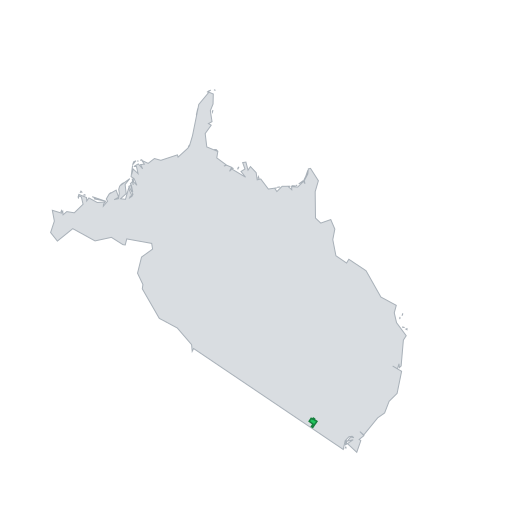 location of Bonner, Idaho, United States of America, rotated 214°
{"feature_id": "52423323B26002580229088", "entity_name": "Bonner", "entity_type": "district", "adm_level": 2, "iso_a3": "USA", "parent_name": "United States of America", "parent_adm1": "Idaho", "projection": "equal_earth", "projection_center": [-116.598, 48.369], "detail": "fine", "context": "in_parent", "style": "filled", "palette": "green", "viewbox_px": 512, "rotation_deg": 214, "n_neighbors": 0, "source": "geoboundaries", "source_scale": "gbopen_adm2", "svg_char_len": 4310}
<svg xmlns="http://www.w3.org/2000/svg" viewBox="0 0 512 512"><g transform="rotate(214 256 256)"><path d="M397.9,178.5L423.2,176.2L429.0,157.3L439.4,160.6L442.7,172.2L450.4,180.0L441.2,182.8L441.2,185.0L439.0,182.3L437.7,187.0L430.8,190.2L428.3,202.2L433.8,207.3L436.6,206.7L435.3,204.4L436.5,205.5L437.3,208.0L429.2,209.7L427.1,207.0L427.0,210.7L417.5,211.6L411.2,216.4L411.4,213.7L410.4,211.9L409.7,218.4L412.0,219.6L412.4,225.2L408.8,232.4L402.8,227.9L405.1,223.4L402.1,226.6L404.4,231.6L407.1,234.5L408.1,237.8L403.9,249.6L404.5,242.1L398.5,235.1L400.3,227.7L395.9,230.0L399.5,240.9L394.3,237.6L392.7,237.9L393.6,234.5L393.3,233.5L392.2,236.1L392.5,238.4L400.4,242.7L399.1,244.7L395.3,240.8L394.0,240.2L398.7,244.8L400.6,245.7L400.1,248.5L397.5,246.3L401.6,250.5L400.9,251.1L398.9,249.0L394.3,248.0L400.4,252.0L403.9,251.9L409.0,262.1L404.7,254.2L406.4,259.4L399.8,258.3L405.2,263.4L407.3,261.9L405.1,266.5L398.7,264.9L402.8,267.3L399.9,269.7L404.0,271.4L397.2,272.5L394.7,280.0L388.4,282.1L377.7,295.9L375.9,294.4L372.8,307.2L372.8,310.3L375.9,320.2L388.2,349.7L386.6,365.5L382.0,366.4L376.6,358.0L375.1,350.9L367.6,342.8L369.5,339.2L366.3,339.4L366.6,329.1L357.8,318.9L346.1,321.3L343.4,315.4L331.6,314.9L332.9,312.6L331.0,314.9L325.8,315.9L325.3,311.4L324.7,314.6L308.7,315.5L315.7,317.7L313.8,321.9L319.3,326.0L316.9,328.2L310.6,322.7L310.6,327.0L302.5,325.2L297.6,319.8L295.1,322.5L283.2,318.4L276.8,324.2L278.4,322.6L274.7,321.1L273.3,328.4L266.6,333.0L268.1,331.6L263.4,330.9L265.2,333.4L260.0,336.5L258.3,344.5L255.8,343.3L258.1,345.5L258.9,352.9L261.3,357.5L259.8,359.1L246.4,353.3L242.9,342.4L227.9,320.7L220.7,319.5L214.4,328.0L205.7,322.4L201.5,312.5L189.9,300.9L177.0,300.8L177.2,305.2L156.5,305.3L129.5,291.8L112.1,293.5L109.6,286.2L102.2,279.3L86.9,273.9L86.8,268.7L74.2,246.0L74.7,243.6L77.2,246.6L75.6,241.6L81.2,241.2L70.8,241.8L62.2,221.0L64.4,210.0L61.6,197.8L64.6,190.0L66.6,168.0L71.7,168.5L66.1,167.4L67.9,161.6L65.9,161.6L62.7,149.6L75.3,151.6L72.7,158.0L76.8,153.4L76.3,158.8L73.3,160.1L75.5,160.3L77.9,158.1L78.8,152.7L75.5,144.4L256.0,144.4L255.6,141.3L259.8,146.5L281.0,152.3L301.3,150.2L331.9,165.2L333.8,169.1L344.6,175.5L350.3,191.1L345.6,203.9L349.5,208.1L372.7,197.9L370.6,192.0L372.7,191.0L386.3,190.6L397.9,178.5ZM421.0,214.3L425.0,213.6L411.1,217.4L422.3,212.8L421.0,214.3ZM76.3,149.5L77.9,152.9L77.8,153.4L75.6,150.9L76.3,149.5ZM261.0,356.2L258.9,349.6L258.8,345.9L259.3,349.8L261.0,356.2ZM442.4,183.3L442.7,185.1L442.0,184.7L442.4,183.3ZM297.9,321.7L298.3,323.2L296.9,322.0L297.9,321.7ZM92.8,279.8L94.5,278.9L94.7,279.2L92.8,279.8ZM90.9,279.2L90.2,280.2L89.6,279.3L90.9,279.2ZM433.1,210.0L432.2,211.2L431.8,210.9L433.1,210.0ZM259.6,342.4L258.8,345.4L260.9,339.6L259.6,342.4ZM384.5,339.9L386.8,345.8L384.1,339.4L384.5,339.9ZM101.8,284.5L102.6,286.0L101.7,284.6L101.8,284.5ZM387.5,366.4L386.2,368.3L388.2,364.3L387.5,366.4ZM410.1,265.7L408.8,267.8L409.3,262.6L410.1,265.7ZM74.7,146.8L74.7,147.8L74.0,147.3L74.7,146.8ZM265.3,334.5L262.9,335.9L265.4,334.1L265.3,334.5ZM437.2,210.6L437.4,211.9L436.1,211.6L437.2,210.6ZM101.7,288.7L102.3,290.6L101.5,288.9L101.7,288.7ZM262.3,337.0L261.4,337.7L262.2,336.6L262.3,337.0ZM407.8,240.0L406.7,242.9L407.9,238.9L407.8,240.0ZM276.2,325.5L274.6,326.7L276.8,324.7L276.2,325.5ZM373.3,308.7L373.2,311.1L372.9,309.4L373.3,308.7ZM404.7,271.8L404.2,272.2L405.5,270.5L404.7,271.8ZM350.3,320.8L348.5,322.0L347.6,321.8L350.3,320.8ZM325.0,315.5L324.7,315.9L323.5,315.8L325.0,315.5ZM372.9,351.1L373.3,352.9L372.5,350.8L372.9,351.1ZM320.2,318.8L320.0,320.4L319.6,317.6L320.2,318.8ZM383.3,370.5L382.2,370.7L383.7,370.2L383.3,370.5ZM412.2,226.2L411.6,227.6L412.2,225.6L412.2,226.2ZM407.6,268.3L407.0,268.8L406.9,268.7L407.6,268.3Z" fill="#d9dde1" stroke="#a8b0b8" stroke-width="1"/><path d="M119.5,150.9L119.5,150.7L119.5,150.4L119.5,150.1L119.5,149.3L119.5,148.7L114.7,148.5L114.7,147.1L114.7,145.6L113.1,145.6L113.1,146.5L113.1,147.2L113.1,147.5L113.1,148.5L113.1,149.1L113.1,149.6L113.0,151.0L113.0,151.3L113.0,151.7L113.0,152.0L113.0,152.4L113.0,153.0L115.3,153.0L115.7,153.0L115.7,152.8L116.5,152.8L116.5,153.7L117.7,153.7L117.7,152.6L118.1,152.2L118.3,152.2L118.5,152.4L118.8,152.6L119.1,152.5L119.5,152.8L119.5,153.0L119.5,152.8L119.5,152.3L119.5,152.2L119.5,151.7L119.5,150.9Z" fill="#22c55e" stroke="#15803d" stroke-width="1.5"/></g></svg>